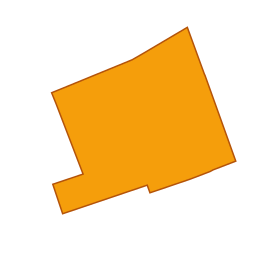 outline of Knox, Ohio, United States of America, rotated 338°
{"feature_id": "52423323B4232054148696", "entity_name": "Knox", "entity_type": "district", "adm_level": 2, "iso_a3": "USA", "parent_name": "United States of America", "parent_adm1": "Ohio", "projection": "equal_earth", "projection_center": [-82.438, 40.406], "detail": "fine", "context": "isolated", "style": "filled", "palette": "amber", "viewbox_px": 256, "rotation_deg": 338, "n_neighbors": 0, "source": "geoboundaries", "source_scale": "gbopen_adm2", "svg_char_len": 385}
<svg xmlns="http://www.w3.org/2000/svg" viewBox="0 0 256 256"><g transform="rotate(338 128 128)"><path d="M37.2,152.0L35.3,183.0L124.4,188.2L124.1,196.3L166.6,198.7L187.8,199.1L191.3,198.7L215.5,199.1L219.1,108.1L219.0,106.6L220.7,56.9L207.4,58.9L169.6,64.6L157.3,66.3L76.6,66.7L70.4,66.7L70.4,78.6L69.1,153.9L37.2,152.0Z" fill="#f59e0b" stroke="#b45309" stroke-width="1.5"/></g></svg>